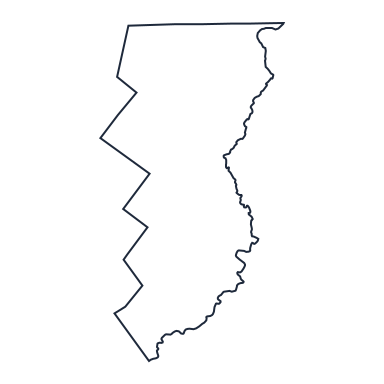 Essex, Vermont, United States of America (Albers equal-area conic projection)
{"feature_id": "52423323B77822845094766", "entity_name": "Essex", "entity_type": "district", "adm_level": 2, "iso_a3": "USA", "parent_name": "United States of America", "parent_adm1": "Vermont", "projection": "albers", "projection_center": [-71.622, 44.681], "detail": "fine", "context": "isolated", "style": "outline", "palette": "slate", "viewbox_px": 384, "rotation_deg": 0, "n_neighbors": 0, "source": "geoboundaries", "source_scale": "gbopen_adm2", "svg_char_len": 3959}
<svg xmlns="http://www.w3.org/2000/svg" viewBox="0 0 384 384"><path d="M270.7,23.2L249.3,23.6L231.7,23.6L202.2,24.2L175.1,24.2L128.4,25.7L117.1,76.9L136.5,92.6L117.9,115.0L100.4,138.1L112.7,147.0L149.6,173.7L123.2,209.0L147.5,227.3L127.4,254.3L123.6,259.7L142.4,285.6L125.3,306.7L114.5,313.4L149.0,361.0L150.6,359.8L153.2,358.8L155.9,358.3L157.5,357.5L158.0,357.0L158.3,356.1L158.2,355.5L157.3,352.9L156.9,350.9L157.1,350.3L158.1,349.5L158.3,348.9L158.2,348.4L157.2,347.4L157.0,346.9L157.5,343.6L158.0,343.2L159.5,342.7L161.5,342.9L162.6,342.5L162.8,341.6L161.5,339.3L161.5,338.6L161.9,337.8L165.0,334.8L166.1,334.3L170.5,334.6L171.7,333.9L172.6,332.9L174.4,331.7L175.2,331.3L175.5,331.2L176.5,330.9L178.7,331.3L179.3,331.7L181.1,333.5L182.7,333.8L183.4,333.7L183.7,333.3L184.5,331.1L185.3,330.0L186.0,329.4L187.6,328.9L189.5,328.7L193.5,329.2L196.1,328.4L199.2,326.4L202.3,323.8L204.2,322.7L206.3,320.4L206.6,318.2L206.3,317.2L206.5,316.8L207.2,316.4L210.3,316.0L212.0,315.1L212.9,314.1L213.9,311.7L214.5,307.1L215.9,303.8L216.3,303.5L218.9,303.8L219.7,303.2L220.6,302.0L220.5,301.1L218.4,299.6L217.9,299.0L217.8,298.0L218.0,297.4L218.6,296.4L219.7,295.6L221.0,295.0L223.4,292.0L224.0,291.7L228.9,291.0L229.5,290.9L231.8,291.7L235.5,290.7L236.0,289.7L236.9,286.6L237.0,285.4L238.3,284.0L239.5,283.5L240.6,283.1L242.5,282.9L242.9,282.8L243.4,282.4L243.6,281.7L243.3,281.3L241.3,279.6L240.7,278.6L240.3,277.0L240.0,276.3L238.1,274.8L237.4,273.8L237.3,272.8L237.8,272.1L239.9,272.4L240.4,272.3L241.6,271.4L243.6,268.4L244.5,266.7L245.0,265.4L245.0,264.5L244.2,263.0L239.6,259.5L236.4,256.7L235.9,255.7L236.0,254.8L236.6,252.9L237.4,251.4L238.1,250.7L238.8,250.4L244.1,250.9L246.2,251.9L248.5,251.7L249.8,251.2L250.2,250.5L250.1,248.9L250.2,247.9L251.3,244.1L252.2,242.8L252.9,243.0L253.6,243.6L254.2,243.9L255.2,243.5L256.9,241.9L257.8,240.7L258.3,238.9L256.7,237.9L253.6,236.5L252.1,236.3L251.7,235.2L251.7,233.8L251.1,232.3L251.2,231.3L251.6,230.4L251.9,229.4L251.8,228.2L250.9,224.4L251.2,220.8L251.6,220.1L251.9,220.1L252.2,219.5L252.7,219.0L251.6,216.7L248.9,214.5L248.7,214.1L248.7,213.0L250.1,212.7L250.4,211.8L250.2,210.5L249.0,207.5L248.1,206.2L247.5,205.7L246.9,205.8L246.5,206.9L246.0,207.4L245.3,207.5L244.2,207.3L243.9,206.6L243.8,206.0L244.0,205.3L243.9,204.8L241.4,204.3L240.7,203.7L240.1,202.8L240.1,202.0L240.6,200.8L240.8,199.9L240.4,198.7L240.4,197.9L240.8,197.4L241.5,196.4L241.7,195.7L241.4,195.0L239.8,195.0L238.8,194.7L236.6,192.9L236.5,192.6L237.2,191.6L237.3,190.5L236.5,188.8L235.9,185.9L236.4,184.9L235.7,183.3L235.2,182.8L235.0,182.3L235.0,181.9L235.5,180.3L235.3,179.6L233.5,178.1L230.5,172.7L228.6,170.8L228.6,170.1L228.9,168.0L228.9,167.6L228.4,167.4L227.1,168.2L226.8,168.2L226.2,167.5L226.0,166.9L226.0,164.5L226.2,163.4L226.2,160.0L225.5,158.3L224.0,157.6L223.7,156.9L223.7,156.7L223.7,155.7L224.0,155.3L226.6,154.3L228.8,153.9L230.1,152.5L230.1,151.5L231.0,149.6L232.3,149.0L233.6,147.9L234.7,145.7L236.7,144.0L236.7,143.6L236.4,143.0L236.3,142.2L237.8,140.3L240.8,138.8L242.4,138.9L242.8,138.6L244.9,135.6L245.4,134.1L244.9,132.6L245.9,128.8L246.3,127.9L246.3,127.0L245.0,126.2L244.2,124.6L244.0,123.4L244.5,122.3L246.8,119.4L247.8,119.0L247.9,119.4L248.3,119.4L248.8,119.0L250.4,114.0L251.9,113.2L252.4,112.3L252.5,111.6L252.3,110.2L251.4,108.3L250.8,107.7L250.8,106.7L251.2,105.9L251.9,105.1L253.8,103.3L253.8,102.6L253.1,101.3L253.1,100.2L253.4,99.7L254.7,97.9L256.8,96.7L258.7,96.1L260.7,94.2L260.8,92.5L261.0,92.0L261.6,91.4L263.1,90.5L266.7,85.7L267.0,85.0L266.1,84.2L266.0,83.8L266.2,83.5L268.1,81.9L270.3,79.4L270.8,78.5L271.3,78.3L272.2,78.6L272.6,78.2L273.3,75.2L273.2,74.7L270.9,73.4L269.5,71.1L267.8,68.9L265.7,66.9L265.0,60.6L265.3,60.0L265.6,58.7L265.1,56.6L265.8,50.9L265.3,48.0L263.1,47.1L261.3,43.4L259.8,42.2L257.5,38.0L257.2,36.0L257.8,33.0L260.3,30.2L262.1,29.0L263.9,28.8L265.8,28.0L272.0,28.0L275.5,29.5L278.4,28.5L283.2,23.9L283.6,23.0L270.7,23.2Z" fill="none" stroke="#1e293b" stroke-width="2"/></svg>